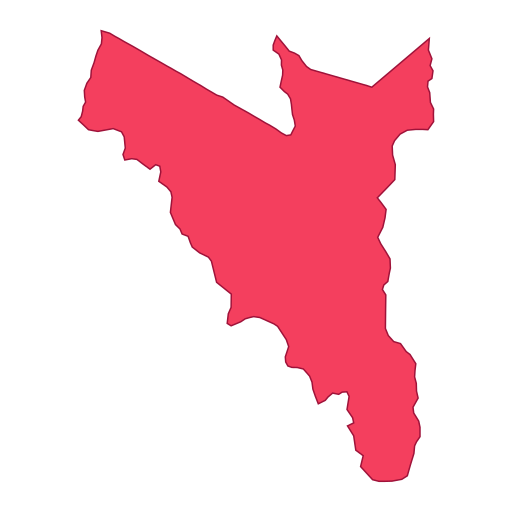 outline of Augustinópolis, Tocantins, Brazil
{"feature_id": "56859067B65363701866264", "entity_name": "Augustinópolis", "entity_type": "district", "adm_level": 2, "iso_a3": "BRA", "parent_name": "Brazil", "parent_adm1": "Tocantins", "projection": "robinson", "projection_center": [-47.935, -5.523], "detail": "fine", "context": "isolated", "style": "filled", "palette": "rose", "viewbox_px": 512, "rotation_deg": 0, "n_neighbors": 0, "source": "geoboundaries", "source_scale": "gbopen_adm2", "svg_char_len": 2654}
<svg xmlns="http://www.w3.org/2000/svg" viewBox="0 0 512 512"><path d="M413.9,453.5L414.6,445.9L416.5,441.8L420.0,436.7L420.0,427.3L418.7,421.1L413.7,413.0L413.0,407.2L418.1,398.1L416.5,391.1L416.3,383.4L414.6,376.9L415.0,370.5L415.8,363.7L410.0,354.5L406.2,351.6L400.5,343.6L393.7,341.6L388.3,335.6L385.4,328.5L385.6,309.6L385.8,294.9L382.4,289.5L383.8,285.0L387.8,281.5L389.3,273.1L390.4,268.1L390.0,258.9L385.9,251.9L380.8,243.9L377.7,237.3L382.8,227.3L385.0,217.9L386.1,209.4L381.3,202.9L377.3,197.8L387.2,187.6L394.8,179.6L395.3,164.7L392.6,155.1L392.2,146.0L394.6,140.6L400.1,134.1L407.3,130.2L415.6,129.4L422.9,129.4L427.9,129.7L433.6,121.6L433.4,114.2L433.6,109.0L430.4,102.4L429.7,92.6L427.5,86.9L428.0,81.2L431.9,78.5L433.0,70.8L430.1,65.6L431.9,58.8L428.4,50.1L429.3,38.5L371.8,87.2L367.2,85.7L310.7,69.5L306.5,66.5L301.9,60.7L298.9,55.6L294.5,53.1L289.2,51.1L285.2,46.1L281.3,41.4L276.8,35.9L274.8,40.7L273.2,45.1L273.2,50.1L278.9,54.1L281.5,59.9L281.4,65.1L282.8,70.0L282.6,75.2L281.3,81.0L280.0,87.2L284.4,91.6L287.7,94.1L290.5,98.8L291.4,104.3L291.9,109.1L292.5,114.5L294.3,120.0L295.3,126.1L293.0,130.5L290.8,134.9L286.3,135.6L281.3,132.9L275.8,128.9L269.5,125.1L265.3,122.9L259.7,119.5L253.9,116.2L248.9,113.2L234.1,105.0L222.8,97.1L216.7,95.1L212.1,92.4L206.4,89.1L201.3,85.9L196.1,82.9L192.3,80.7L187.3,77.7L180.7,73.7L176.2,71.3L171.1,68.3L167.4,66.3L161.0,62.6L154.8,59.1L148.1,55.3L141.2,51.2L132.9,46.4L124.0,41.5L118.9,38.5L115.0,36.4L109.7,33.2L101.2,30.7L102.0,37.7L101.4,43.9L97.9,50.2L95.9,56.1L94.1,62.6L91.3,70.2L90.8,77.5L86.9,83.2L84.3,90.4L84.7,96.9L85.6,102.1L83.2,106.3L82.6,111.3L81.2,116.7L78.4,120.2L83.7,125.1L88.5,129.7L92.6,130.5L97.9,131.4L113.2,128.6L121.5,131.8L124.2,136.8L125.3,148.1L123.0,154.5L124.8,160.0L131.7,158.7L136.9,159.4L142.9,164.0L150.0,169.2L155.7,164.7L159.8,166.2L160.8,171.9L158.8,181.3L166.9,187.0L170.9,191.8L172.1,197.3L170.4,212.4L175.5,224.6L180.0,229.0L182.1,234.0L188.1,236.3L190.4,242.8L192.3,247.1L199.7,252.9L208.4,257.1L211.4,261.1L216.6,282.3L231.3,294.1L231.1,307.4L228.3,313.8L227.2,323.4L231.1,325.8L240.7,321.8L245.2,318.8L249.8,317.5L253.7,316.6L259.8,317.5L274.0,323.9L277.6,326.3L286.3,339.6L288.7,346.6L285.3,356.9L285.7,362.0L287.9,366.0L291.9,367.4L297.3,367.5L303.4,369.0L309.6,376.1L312.0,382.1L312.9,389.1L315.3,396.1L318.3,403.8L325.3,400.3L328.0,397.0L332.6,393.1L338.7,394.3L342.2,392.1L346.9,391.8L349.1,396.4L347.0,409.5L352.6,417.7L353.7,422.9L347.5,425.9L353.7,435.8L355.8,450.2L363.2,455.7L360.6,466.6L372.6,479.7L378.9,481.3L384.8,481.3L392.0,481.1L401.8,479.3L407.3,475.8L410.4,464.9L413.9,453.5Z" fill="#f43f5e" stroke="#9f1239" stroke-width="1.5"/></svg>